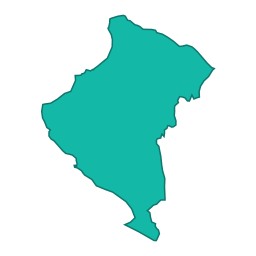 Sanquin Dist #3, Sinoe, Liberia (Natural Earth projection)
{"feature_id": "62588387B80156561530658", "entity_name": "Sanquin Dist #3", "entity_type": "district", "adm_level": 2, "iso_a3": "LBR", "parent_name": "Liberia", "parent_adm1": "Sinoe", "projection": "natural_earth1", "projection_center": [-9.294, 5.279], "detail": "fine", "context": "isolated", "style": "filled", "palette": "teal", "viewbox_px": 256, "rotation_deg": 0, "n_neighbors": 0, "source": "geoboundaries", "source_scale": "gbopen_adm2", "svg_char_len": 2196}
<svg xmlns="http://www.w3.org/2000/svg" viewBox="0 0 256 256"><path d="M213.9,68.4L211.7,67.6L207.0,63.0L201.0,56.0L197.3,51.7L194.1,48.6L191.8,46.8L186.7,45.1L182.1,46.2L179.4,46.4L173.6,41.4L167.7,37.3L162.4,34.2L156.7,32.6L156.6,32.3L155.5,30.3L151.8,29.5L143.1,29.3L139.9,26.6L137.4,25.4L134.9,24.8L130.0,20.7L127.6,20.3L125.3,16.2L124.6,15.9L123.3,15.4L117.7,16.3L112.2,18.0L110.0,18.8L109.7,20.5L109.7,22.9L108.7,27.4L108.0,28.2L108.4,29.3L111.3,34.6L112.4,39.7L112.2,46.9L111.9,47.6L108.1,56.6L107.9,56.9L107.4,58.2L104.9,60.2L97.9,66.0L95.1,68.1L93.8,69.1L93.5,69.7L92.9,69.4L90.4,70.9L86.3,69.7L84.7,72.9L82.7,73.7L82.0,73.7L80.9,75.2L77.7,75.5L75.2,75.5L75.5,79.6L75.5,80.2L75.5,80.6L70.8,91.3L70.6,91.4L66.7,92.8L64.6,93.5L60.8,96.5L60.4,96.8L58.4,98.4L58.3,98.6L56.2,99.9L52.7,102.0L51.0,103.1L50.5,103.2L50.2,103.3L44.5,104.1L42.8,104.5L41.7,111.3L42.6,118.0L44.6,121.7L46.9,127.5L50.3,129.9L49.6,130.9L49.0,131.8L49.0,136.0L51.0,138.9L53.0,140.2L54.1,140.9L58.1,145.4L62.7,150.7L65.7,153.4L68.4,154.0L72.3,155.0L76.3,158.4L76.2,160.2L77.1,164.0L76.5,166.3L75.4,166.5L75.4,165.3L74.2,165.4L74.6,167.2L77.1,167.8L81.3,170.5L83.0,173.0L84.6,175.0L91.9,179.5L93.3,181.5L96.4,185.8L105.8,189.6L112.7,192.1L126.0,201.6L131.7,208.9L135.1,217.7L130.5,222.2L124.8,224.7L138.7,231.7L154.1,240.5L156.2,240.6L157.0,239.2L159.4,233.7L158.4,230.0L156.8,228.7L155.2,226.2L155.5,223.7L152.6,222.4L151.7,222.0L150.5,217.3L149.8,212.6L147.3,210.7L151.7,206.8L153.3,205.2L156.7,204.1L158.8,201.9L160.9,200.0L165.0,200.0L165.0,198.5L164.5,186.8L164.8,178.6L162.6,170.9L161.7,165.1L160.8,156.7L160.6,155.4L160.2,153.4L159.6,150.5L159.0,147.2L158.9,146.4L156.6,143.9L156.4,140.4L157.2,138.9L158.4,138.5L160.7,138.0L160.7,137.7L161.9,134.1L164.0,136.5L164.5,133.2L164.5,129.9L166.8,128.5L167.9,125.6L169.3,125.8L171.6,127.1L173.4,126.8L173.7,126.6L175.9,125.0L175.9,120.7L174.3,115.7L174.6,111.2L174.5,107.5L174.8,106.2L175.0,105.6L178.4,102.6L177.6,100.5L179.6,96.6L182.4,97.0L184.9,97.8L187.4,100.9L189.4,101.0L190.8,97.7L191.9,95.0L193.9,99.0L197.0,97.7L199.4,97.1L199.1,91.6L200.5,86.3L203.9,80.9L208.5,76.6L212.5,70.2L214.3,68.6L213.9,68.4Z" fill="#14b8a6" stroke="#0f766e" stroke-width="1.5"/></svg>